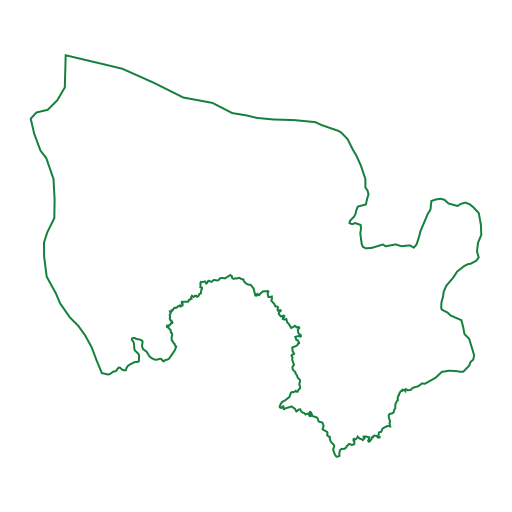 the district of Huameuang, Houaphan, Laos
{"feature_id": "54806243B56031864903402", "entity_name": "Huameuang", "entity_type": "district", "adm_level": 2, "iso_a3": "LAO", "parent_name": "Laos", "parent_adm1": "Houaphan", "projection": "robinson", "projection_center": [103.862, 20.067], "detail": "fine", "context": "isolated", "style": "outline", "palette": "green", "viewbox_px": 512, "rotation_deg": 0, "n_neighbors": 0, "source": "geoboundaries", "source_scale": "gbopen_adm2", "svg_char_len": 6087}
<svg xmlns="http://www.w3.org/2000/svg" viewBox="0 0 512 512"><path d="M101.9,373.1L107.8,374.5L109.9,374.1L113.5,371.5L115.3,371.3L116.6,370.4L117.4,368.9L118.9,367.5L120.0,367.7L122.6,369.9L124.7,370.4L125.9,370.1L126.5,368.0L127.6,366.2L129.5,364.7L134.6,362.1L137.6,361.9L138.8,361.3L139.1,355.5L138.3,353.7L135.2,350.8L134.4,349.2L133.9,343.3L133.2,341.5L131.8,339.7L132.1,338.4L133.5,338.0L135.1,338.1L136.1,338.9L139.9,339.6L141.7,340.4L142.6,341.5L142.0,346.1L142.9,349.0L146.6,351.7L149.4,356.3L151.6,358.1L154.7,359.6L156.5,359.7L160.4,358.8L161.9,359.5L162.5,360.8L163.8,361.4L165.3,360.0L167.5,359.6L169.1,358.6L174.8,350.3L176.2,346.5L175.0,345.5L174.7,344.1L173.7,343.2L172.9,341.6L171.8,340.4L171.6,337.3L172.2,334.5L171.9,333.3L170.8,332.5L170.8,330.5L168.8,328.1L166.8,326.8L167.1,325.6L168.6,326.1L169.0,325.3L169.8,325.2L170.6,323.8L172.3,323.1L172.5,322.5L172.0,321.6L171.3,321.5L171.3,320.5L170.3,320.2L170.0,319.5L169.7,318.1L170.2,317.1L169.7,314.9L170.6,313.5L170.0,311.6L171.2,311.9L171.7,311.3L171.7,310.2L172.6,310.3L173.8,308.3L174.7,308.2L175.1,307.6L176.5,307.8L178.5,306.0L180.2,306.4L180.3,305.5L181.2,306.1L181.6,306.1L181.7,305.4L182.6,305.3L182.7,304.0L181.6,302.8L181.9,301.8L188.1,301.7L188.6,300.5L189.3,300.3L189.3,299.6L191.5,298.8L191.1,297.4L191.9,295.8L193.6,297.0L194.7,296.0L195.9,295.6L196.3,295.7L196.6,296.7L197.2,296.9L198.7,295.7L199.4,293.9L200.9,293.4L201.1,290.8L202.0,288.5L202.0,287.7L200.3,287.3L200.6,285.4L200.3,283.3L200.9,282.0L201.4,282.3L204.9,281.4L206.3,283.5L207.1,283.0L207.9,281.2L208.6,280.7L211.0,281.8L211.7,281.7L213.9,279.9L217.1,280.5L218.9,279.9L220.2,278.1L223.0,278.0L224.9,278.4L230.3,275.1L231.9,276.2L231.9,277.4L232.3,278.2L233.8,278.9L235.2,278.3L236.8,278.5L239.4,277.8L241.4,279.1L243.4,279.4L243.7,280.8L244.2,281.5L245.6,283.1L247.5,284.3L251.0,285.1L253.7,288.8L255.3,295.5L256.4,295.7L257.2,295.3L257.0,294.2L257.4,293.8L259.2,295.1L260.4,293.5L263.0,291.4L268.1,291.1L268.4,291.5L267.7,293.2L267.7,294.3L268.4,297.0L269.5,297.1L271.8,296.5L271.9,298.9L271.3,300.7L274.3,304.0L275.4,306.4L277.0,306.5L278.1,307.4L277.5,309.5L277.8,310.6L280.2,310.1L280.7,310.3L280.8,310.7L279.8,311.4L278.8,313.0L278.7,313.6L279.3,314.7L280.9,316.4L283.5,315.6L284.3,315.9L284.2,316.9L282.7,318.1L282.8,319.0L284.7,319.6L286.3,319.0L287.3,322.5L288.8,323.9L291.2,328.0L295.0,325.9L295.4,325.9L296.5,327.4L298.7,327.0L299.3,327.9L297.8,329.9L298.2,332.5L298.7,333.5L300.9,335.4L300.9,336.3L300.4,336.6L298.6,336.0L295.3,336.9L296.4,340.0L297.9,340.4L299.0,342.5L299.1,343.2L298.1,343.4L297.6,344.9L295.9,346.1L292.5,347.3L292.2,347.8L292.7,351.3L294.1,353.6L293.8,354.2L292.3,354.6L291.5,355.6L292.5,357.4L292.2,359.8L294.0,364.8L292.4,366.9L292.5,368.6L293.5,370.5L295.3,372.1L295.7,373.7L297.0,375.4L297.7,377.7L299.8,379.8L300.1,381.2L299.5,382.9L299.4,385.2L300.1,386.4L300.1,387.9L299.7,388.8L298.7,389.5L297.4,391.8L296.6,391.6L295.7,390.9L294.9,391.7L294.2,391.7L293.1,392.3L291.7,392.1L290.9,392.8L289.4,397.0L285.2,400.3L281.9,402.1L280.7,404.0L279.6,406.8L280.0,407.5L281.5,408.0L282.6,406.5L283.3,406.3L283.8,409.1L284.1,409.2L285.2,408.4L291.6,406.5L295.1,408.9L296.2,411.3L296.6,411.5L298.7,409.6L300.2,409.3L301.3,411.5L302.5,412.5L304.1,413.0L305.6,414.5L306.8,413.8L308.4,413.6L309.5,415.9L310.3,416.2L311.0,415.6L310.0,413.9L309.7,412.3L309.9,411.9L310.6,412.0L312.0,414.6L312.0,415.9L316.9,417.5L317.9,419.0L318.6,421.5L322.1,422.5L322.6,423.0L323.6,425.7L322.6,429.4L327.2,432.0L327.5,433.4L327.1,435.2L328.6,436.5L329.8,436.8L329.8,438.6L330.3,440.6L331.6,442.7L333.0,443.9L334.1,445.4L334.2,446.5L333.1,449.5L334.9,454.7L336.5,456.7L338.3,456.5L339.5,455.8L339.3,453.3L339.8,450.9L340.4,449.8L341.8,448.8L344.1,449.0L346.1,447.6L346.6,446.3L348.3,444.9L348.7,444.1L350.0,444.1L352.0,445.0L354.2,444.2L354.4,441.3L353.4,440.3L353.6,439.0L354.0,438.8L355.0,439.4L356.0,439.1L357.5,437.4L357.7,436.7L359.9,438.8L361.5,439.1L362.8,440.1L364.6,438.1L364.6,437.6L363.7,437.1L363.6,436.6L366.4,436.5L367.4,437.0L368.8,437.1L369.1,437.6L368.9,439.3L368.1,440.7L368.7,441.6L369.5,441.6L371.6,438.9L371.6,437.5L373.2,437.2L373.3,436.3L374.0,435.6L376.3,435.8L378.2,437.6L379.4,437.6L379.6,437.2L378.8,437.1L378.5,435.7L378.8,432.8L379.3,432.2L381.2,431.8L382.5,428.8L383.1,428.2L387.3,426.0L390.2,426.4L389.5,423.0L390.1,421.5L388.8,417.3L388.8,415.1L389.7,413.9L392.5,413.3L393.7,412.2L394.2,410.1L395.3,408.1L395.3,404.6L396.8,401.2L397.9,400.1L397.6,398.3L398.3,395.7L399.1,395.1L399.1,394.0L400.6,391.4L401.3,390.9L402.3,390.9L402.5,389.7L404.3,389.9L405.3,391.0L405.4,389.5L405.9,389.1L407.7,390.3L410.9,389.9L412.1,388.3L414.4,387.3L418.3,386.2L422.1,383.4L424.8,383.8L435.5,377.8L441.8,371.9L449.3,370.7L457.0,371.2L460.5,371.8L463.4,371.6L469.2,365.6L470.5,362.1L473.3,359.5L474.1,355.1L469.2,338.9L464.5,334.1L463.1,326.8L461.4,320.2L450.6,315.5L447.6,312.6L441.9,309.7L441.2,307.9L441.5,302.0L442.8,297.6L443.8,291.4L446.4,285.6L453.1,277.8L457.1,271.6L464.1,266.1L467.8,264.2L470.5,263.8L476.3,260.7L478.7,257.4L477.0,251.6L478.0,242.8L481.3,234.8L480.9,224.9L478.8,213.2L473.1,207.0L469.4,204.1L465.3,202.6L460.6,204.0L457.6,206.0L448.5,203.5L444.5,199.8L440.8,198.8L435.7,199.5L431.4,201.0L430.4,209.8L427.8,213.8L420.5,231.1L418.8,237.7L416.5,244.6L413.8,247.6L409.8,245.4L401.4,246.2L395.7,244.4L385.6,246.3L382.9,244.5L371.8,247.9L365.8,248.3L362.8,246.8L361.7,243.9L360.3,233.7L361.0,228.2L360.6,224.9L355.2,223.1L352.2,224.2L349.5,223.1L349.9,220.9L354.2,216.5L355.5,213.9L356.2,210.6L357.8,206.6L365.9,204.4L367.2,198.5L368.5,194.5L367.5,190.4L365.4,187.5L365.4,179.1L361.0,165.9L356.5,155.9L352.7,149.4L347.6,139.2L341.3,132.6L338.4,130.9L321.9,125.2L315.2,122.1L294.2,120.1L273.6,119.5L256.8,117.9L246.5,115.4L232.3,113.1L212.4,102.9L183.2,97.5L154.0,82.9L122.2,68.7L65.7,55.3L64.8,87.5L57.2,100.4L47.7,109.8L36.4,112.5L30.7,118.7L34.2,133.7L40.5,150.7L46.2,157.9L53.5,179.0L54.6,199.6L54.3,218.2L47.3,232.3L44.0,242.6L44.1,256.6L46.7,276.7L55.8,293.2L60.2,303.5L69.8,317.3L78.4,326.0L85.1,335.3L91.8,347.6L96.6,360.5L101.9,373.1Z" fill="none" stroke="#15803d" stroke-width="2"/></svg>